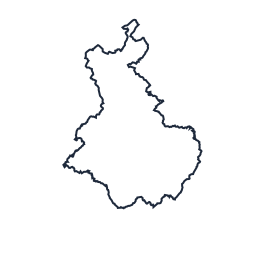 outline of Meiktila, Mandalay, Myanmar, rotated 231°
{"feature_id": "60261553B62690814577767", "entity_name": "Meiktila", "entity_type": "district", "adm_level": 2, "iso_a3": "MMR", "parent_name": "Myanmar", "parent_adm1": "Mandalay", "projection": "mercator", "projection_center": [96.117, 20.958], "detail": "fine", "context": "isolated", "style": "outline", "palette": "slate", "viewbox_px": 256, "rotation_deg": 231, "n_neighbors": 0, "source": "geoboundaries", "source_scale": "gbopen_adm2", "svg_char_len": 5818}
<svg xmlns="http://www.w3.org/2000/svg" viewBox="0 0 256 256"><g transform="rotate(231 128 128)"><path d="M63.7,170.5L64.3,170.7L66.6,169.9L67.3,171.1L69.4,172.5L69.8,173.2L71.9,174.0L72.1,174.6L74.1,174.3L75.8,173.4L76.5,173.5L77.3,173.2L77.7,172.6L78.7,172.4L79.1,172.6L78.9,173.4L79.5,173.9L79.2,174.1L79.6,174.2L79.6,174.7L80.3,174.7L80.4,175.3L81.2,175.4L81.4,175.9L82.4,175.9L82.9,177.4L83.5,177.5L84.6,176.2L85.4,176.2L85.1,176.6L85.1,177.6L86.0,178.1L88.8,177.2L88.8,176.3L89.4,177.3L90.5,176.8L90.4,176.1L91.2,175.8L91.4,175.0L91.0,173.5L91.9,173.4L92.5,172.7L92.6,171.4L93.8,170.5L95.0,170.6L96.0,168.0L98.1,167.6L98.2,166.8L99.2,165.8L100.4,166.0L100.8,164.5L101.4,164.2L101.6,162.3L102.2,161.9L102.5,160.9L104.2,160.2L105.7,158.0L106.9,157.9L108.1,158.6L109.5,158.0L110.5,158.3L110.9,159.2L111.7,159.8L112.2,161.2L115.0,162.7L115.9,162.8L116.8,162.0L121.1,162.1L121.2,161.7L122.1,161.7L124.4,159.8L125.0,159.9L125.5,159.5L126.0,160.9L126.0,162.7L126.8,163.1L126.5,163.3L127.1,163.9L127.0,165.0L127.3,165.9L126.6,170.2L126.9,171.5L126.6,172.2L127.2,172.5L127.6,172.4L128.0,171.1L129.7,170.2L129.8,169.8L129.3,169.2L130.2,169.0L133.6,169.2L134.3,169.9L136.4,168.9L137.0,167.6L139.7,167.2L139.6,165.8L140.6,164.9L141.2,165.1L141.1,167.5L142.0,168.2L143.2,165.8L145.1,165.2L147.2,167.8L146.9,169.6L147.4,170.8L147.1,171.0L147.2,172.1L147.7,172.2L152.6,171.9L153.8,172.1L155.5,170.8L157.2,171.4L158.4,171.3L159.4,170.2L160.5,170.0L160.8,169.5L163.4,170.2L164.8,168.1L165.3,168.5L169.0,169.1L170.1,171.1L174.2,168.5L174.7,167.1L177.1,167.6L176.9,169.4L175.9,170.2L176.1,172.9L174.4,174.3L172.8,174.8L172.9,175.5L173.8,176.8L172.7,178.0L174.5,179.2L174.5,179.7L173.5,180.7L174.4,181.4L173.6,183.3L173.7,184.0L174.2,184.9L175.0,188.3L175.9,189.2L175.8,190.4L177.1,193.4L177.9,194.2L178.8,194.5L179.8,195.7L180.6,196.0L181.9,195.5L182.8,196.0L185.0,196.0L188.2,196.9L188.8,196.3L188.6,193.4L190.7,188.7L191.4,188.5L192.3,188.9L193.7,187.9L195.6,188.6L197.8,187.6L199.0,189.8L199.3,193.5L201.2,197.2L201.6,201.3L203.0,200.9L204.1,201.5L204.9,201.2L206.6,201.9L207.2,201.8L208.2,200.9L208.6,199.3L208.2,192.2L209.4,189.9L209.6,187.0L207.8,187.1L205.8,189.3L205.7,190.2L204.2,190.0L203.3,188.3L203.8,187.7L203.6,186.3L202.9,185.8L200.2,185.6L199.2,185.2L198.4,184.4L197.8,183.0L197.3,182.7L196.4,179.7L195.5,178.6L194.3,177.8L193.8,175.4L192.8,173.1L193.1,172.7L192.8,171.8L192.3,171.5L192.4,170.8L194.6,170.8L195.5,169.7L195.7,169.2L195.3,168.5L196.1,166.8L195.0,166.3L194.7,165.3L196.0,163.1L199.0,161.5L199.1,161.0L198.3,159.0L201.1,157.3L203.4,156.5L205.3,158.0L210.1,157.3L211.3,156.8L211.4,152.9L211.1,152.0L211.5,150.6L210.6,149.7L211.1,149.1L212.0,148.8L213.0,147.5L213.1,143.7L212.8,142.3L210.3,140.4L209.2,138.7L208.2,139.6L207.2,139.9L205.9,139.5L205.1,139.7L204.1,136.6L202.7,134.1L200.9,134.1L199.5,135.8L198.2,136.1L196.6,137.1L195.3,136.0L192.7,135.4L191.4,134.6L191.5,133.2L190.5,130.5L189.8,130.4L188.7,131.2L187.9,131.0L186.9,131.9L185.1,132.8L184.6,132.8L184.1,131.8L183.4,131.3L183.3,130.6L182.0,130.2L179.8,130.8L177.5,130.5L176.1,129.2L170.6,126.5L167.6,126.6L166.0,126.3L164.3,124.6L162.7,124.4L163.1,123.2L163.0,121.9L162.4,120.9L161.6,120.6L159.2,121.0L158.5,120.3L158.4,117.9L157.8,117.0L157.9,115.8L156.9,114.8L156.7,114.0L158.0,112.6L158.0,111.9L157.4,110.6L156.2,109.6L158.6,108.4L158.8,107.8L160.3,106.7L160.6,105.6L159.4,101.5L158.4,100.1L158.6,99.2L158.1,97.8L159.8,94.4L159.3,93.7L158.7,93.7L158.8,92.8L159.2,92.7L157.9,90.1L158.7,89.2L158.8,88.2L157.9,86.1L155.6,83.7L155.3,83.0L153.5,82.2L153.0,81.4L152.6,79.5L150.9,80.1L150.8,80.5L151.6,80.9L151.5,82.7L150.5,84.4L149.5,84.9L148.5,84.9L146.7,83.8L146.4,84.5L144.5,84.8L144.3,84.3L143.0,83.8L143.3,83.1L142.7,81.6L143.0,81.0L142.5,78.7L142.8,77.9L142.3,75.5L142.4,73.9L143.0,74.0L143.4,73.0L142.0,69.9L142.1,68.4L141.4,68.9L141.2,68.6L141.5,68.0L140.6,67.7L140.4,67.0L141.5,66.4L142.1,66.5L143.0,65.7L142.4,65.1L142.6,64.4L142.0,63.1L142.2,61.9L141.8,61.1L140.7,60.0L139.7,59.9L140.3,59.3L140.1,58.4L140.7,58.0L140.2,57.2L140.0,54.6L137.5,54.1L137.6,55.2L138.1,55.5L137.8,56.3L138.3,56.6L136.1,57.3L134.2,57.1L133.4,57.8L133.2,59.6L132.8,60.3L132.1,60.2L131.4,60.8L130.0,60.6L128.8,59.6L127.7,59.4L127.0,60.7L123.6,62.0L124.2,63.8L121.9,63.6L121.7,66.2L120.3,67.9L120.2,70.1L119.1,70.7L119.1,69.9L118.5,69.2L118.0,69.7L117.2,69.5L115.4,71.2L114.6,70.9L114.6,70.3L114.1,70.0L113.5,70.3L112.8,70.0L112.5,69.3L111.7,68.8L111.7,69.4L110.9,69.3L109.9,69.9L109.7,69.2L108.9,69.2L108.9,68.6L108.4,68.2L108.0,68.4L107.8,69.1L106.8,69.3L106.8,70.2L107.2,70.5L106.0,70.3L105.7,70.9L104.8,70.8L103.6,72.2L102.0,72.3L101.1,73.3L97.1,74.0L97.5,75.1L97.0,75.3L94.8,74.2L93.9,73.4L92.9,73.2L92.4,73.6L91.2,73.1L89.8,72.3L88.9,71.0L85.3,70.1L85.1,69.8L82.2,69.8L78.9,69.1L77.6,69.9L77.0,69.5L73.0,70.2L72.3,69.8L70.4,72.5L70.7,72.8L68.4,74.1L68.7,75.0L68.1,75.4L68.1,77.0L67.6,77.7L67.3,79.2L66.5,80.2L65.7,83.0L66.4,84.7L65.8,85.6L65.9,86.3L66.5,88.1L67.4,88.8L67.7,89.8L67.5,90.7L68.1,91.5L66.1,95.0L64.4,95.3L63.1,94.3L62.4,94.2L62.0,94.3L61.6,95.2L58.1,94.8L57.3,95.1L57.2,97.9L56.8,98.2L55.1,98.2L54.6,97.6L53.5,97.5L52.5,98.5L52.6,99.2L52.2,99.2L50.5,98.0L50.7,102.9L51.0,103.4L49.8,104.8L49.2,106.0L50.3,108.4L51.8,109.4L52.2,111.4L51.8,113.5L52.5,113.8L52.8,114.5L50.5,116.5L49.7,116.3L49.0,116.9L48.6,116.8L48.9,117.3L48.5,117.3L48.0,118.1L48.6,118.3L48.6,118.6L47.3,118.5L45.9,119.0L45.5,118.7L44.1,118.5L42.9,119.5L43.8,120.5L43.7,122.0L44.8,126.9L44.7,128.5L45.3,129.1L45.5,130.2L47.6,133.1L48.6,133.4L50.5,134.8L50.5,136.3L51.3,138.3L51.3,141.4L49.9,143.4L49.9,144.0L51.4,144.8L52.5,145.9L52.2,148.2L51.2,149.6L52.1,151.0L54.2,156.6L54.7,156.8L54.9,158.1L55.9,159.0L56.5,160.2L56.2,162.2L56.6,162.9L59.5,162.7L59.9,163.5L61.3,164.1L61.4,166.3L61.9,167.7L62.9,168.7L63.7,170.5Z" fill="none" stroke="#1e293b" stroke-width="2"/></g></svg>